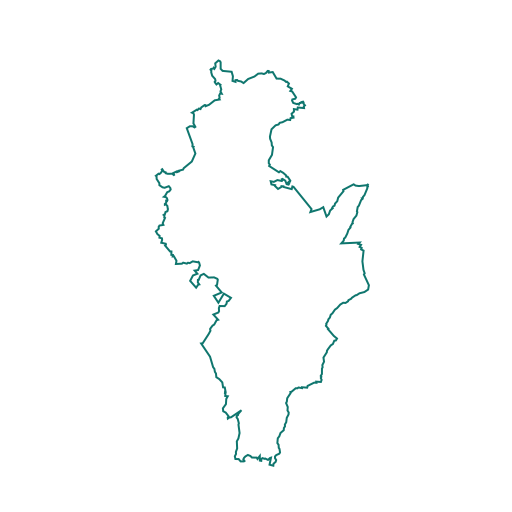 Atlixco, Puebla, Mexico, rotated 235°
{"feature_id": "50627088B38738357481800", "entity_name": "Atlixco", "entity_type": "district", "adm_level": 2, "iso_a3": "MEX", "parent_name": "Mexico", "parent_adm1": "Puebla", "projection": "albers", "projection_center": [-98.439, 18.901], "detail": "fine", "context": "isolated", "style": "outline", "palette": "teal", "viewbox_px": 512, "rotation_deg": 235, "n_neighbors": 0, "source": "geoboundaries", "source_scale": "gbopen_adm2", "svg_char_len": 6124}
<svg xmlns="http://www.w3.org/2000/svg" viewBox="0 0 512 512"><g transform="rotate(235 256 256)"><path d="M179.5,335.1L183.0,336.1L190.6,340.1L198.7,347.2L201.1,345.9L202.0,347.2L204.0,346.1L204.9,348.4L207.2,346.7L207.6,348.6L217.4,333.1L218.3,336.7L219.8,338.1L219.9,339.7L222.0,343.6L224.4,346.8L225.1,349.7L225.7,349.8L227.3,353.1L227.2,354.0L228.3,354.4L230.3,357.1L231.5,361.4L233.8,364.2L234.6,364.2L237.8,367.4L238.2,369.1L241.5,374.2L241.7,376.0L242.4,376.0L242.1,376.6L243.1,377.6L243.6,379.7L247.6,386.0L249.0,387.0L248.8,387.6L249.8,387.9L250.5,389.3L250.4,387.5L254.2,380.5L256.6,377.9L258.7,377.1L260.2,365.3L258.9,364.8L256.7,356.8L254.3,354.0L253.6,350.8L252.2,349.2L252.4,347.4L251.6,345.8L251.1,346.0L250.7,342.8L248.4,339.6L247.9,336.4L257.4,339.1L257.7,335.0L260.8,325.8L262.6,328.4L291.1,326.4L292.1,325.7L290.3,323.6L296.7,318.2L297.3,318.5L298.6,316.9L298.0,316.4L298.3,312.5L302.5,311.7L303.0,312.3L305.8,309.7L308.8,310.9L306.5,313.1L305.9,317.1L302.6,320.2L302.8,320.9L304.1,321.2L304.0,321.9L300.9,323.2L297.3,322.3L295.8,323.6L296.3,324.7L297.8,324.5L298.0,325.7L297.4,326.5L298.0,327.3L302.7,327.4L303.7,326.3L304.7,326.9L308.5,326.0L311.6,324.6L311.4,322.8L322.2,318.4L322.9,319.7L324.7,319.7L327.1,321.4L329.7,327.1L335.4,332.4L337.5,332.4L340.0,333.9L343.9,334.8L345.8,335.9L350.9,341.4L351.8,347.0L350.8,349.9L351.5,351.8L350.4,354.4L349.7,359.9L347.8,362.0L349.1,363.4L347.8,366.1L348.9,366.7L349.5,365.7L352.1,366.7L352.5,369.9L354.6,371.3L352.1,373.9L353.7,375.4L349.6,380.2L351.2,381.0L351.3,382.5L354.3,382.3L354.5,383.0L355.4,383.1L356.1,381.3L355.6,380.4L356.3,379.5L355.5,378.0L356.7,377.5L357.0,376.6L360.0,374.3L362.7,374.7L363.4,375.6L362.3,378.4L363.0,379.8L370.0,380.0L371.5,378.8L372.4,381.3L376.7,379.3L378.4,381.9L381.1,381.3L381.3,380.5L383.4,380.0L387.2,377.8L389.5,374.6L397.1,375.2L398.9,371.7L400.3,372.5L400.9,371.7L400.2,369.1L400.5,366.9L402.3,365.4L404.1,362.4L403.9,357.7L405.5,351.1L404.8,345.0L407.5,343.9L409.8,341.7L411.0,341.5L411.8,340.1L410.4,339.1L412.9,337.2L416.5,340.2L420.9,341.7L426.8,334.8L429.6,334.4L434.9,338.1L436.0,338.3L437.7,337.4L437.2,333.1L434.2,331.5L433.2,329.3L434.4,329.2L434.0,328.5L435.0,326.5L434.7,325.6L433.4,325.7L432.2,324.7L428.8,323.5L424.4,324.0L422.7,323.3L422.3,322.0L421.3,321.9L419.2,322.0L419.4,324.2L416.6,325.1L416.4,324.5L412.4,323.1L411.3,321.4L408.6,321.0L409.7,319.9L408.6,317.9L406.4,316.9L406.1,315.9L405.1,315.9L407.2,311.5L406.8,304.3L407.6,300.7L408.6,301.1L409.1,300.5L409.1,296.4L408.2,294.8L409.5,293.9L409.1,291.8L409.8,291.5L410.1,285.8L408.8,286.6L407.3,286.2L400.5,280.8L396.6,280.4L396.6,279.4L398.6,278.5L400.2,276.2L400.4,272.6L384.0,268.2L382.3,266.8L381.3,267.5L381.0,266.9L374.7,265.1L370.2,257.6L369.4,247.2L368.6,245.8L370.2,241.5L369.5,241.4L370.0,239.3L370.8,239.4L371.4,235.9L368.7,235.3L371.4,234.6L374.0,230.8L375.6,229.5L376.3,230.0L377.8,228.9L380.9,229.0L380.9,228.4L379.6,228.2L378.7,225.8L378.5,223.9L379.3,223.4L379.1,220.0L378.3,220.2L376.1,218.8L371.1,218.6L369.4,217.5L365.9,218.8L364.3,220.3L363.2,224.6L360.8,224.8L359.4,224.2L358.7,222.0L359.2,219.9L357.4,216.0L357.3,214.6L355.8,216.0L354.4,216.2L352.6,215.6L352.1,214.8L352.8,214.1L351.1,213.0L350.9,211.2L350.3,210.8L350.1,211.8L347.9,212.1L345.0,210.7L345.4,211.3L343.6,209.3L343.9,207.0L342.6,205.6L342.6,203.9L341.6,204.2L340.2,203.0L339.4,203.3L336.4,198.4L334.6,198.0L336.3,194.4L335.7,193.0L334.1,192.0L333.6,188.1L330.4,187.8L327.8,188.6L326.4,187.4L324.4,189.1L323.0,188.3L321.2,186.0L317.8,189.1L316.9,188.7L316.7,187.5L309.0,188.2L308.2,189.3L305.5,187.3L304.5,188.5L303.4,187.5L302.9,188.6L297.7,188.1L295.4,185.8L292.2,190.9L292.3,192.5L289.4,195.0L289.5,196.4L288.2,197.6L287.9,201.1L284.3,204.7L284.2,205.5L283.2,205.6L280.4,204.6L277.7,200.5L279.2,197.4L275.1,197.8L276.2,193.2L273.4,187.8L264.4,188.8L265.7,192.3L265.3,193.2L267.7,193.2L269.7,194.7L269.3,195.3L271.9,199.5L271.3,203.0L265.6,204.7L262.5,209.4L259.5,211.2L258.5,211.1L254.7,207.5L254.7,206.2L245.8,207.0L247.6,198.6L239.3,198.4L243.6,208.1L236.1,211.5L234.9,207.8L235.4,206.0L233.8,204.5L232.9,201.6L235.9,197.5L234.6,195.7L232.0,194.1L231.3,192.7L232.5,187.5L225.5,188.4L226.0,186.9L223.8,182.4L223.9,180.5L223.0,177.7L222.5,176.5L220.9,175.8L219.2,172.4L215.1,162.3L215.8,160.9L199.9,160.6L189.5,157.1L187.5,157.2L184.7,155.9L182.7,155.8L179.5,154.0L176.3,155.3L171.8,155.9L167.3,153.7L166.2,155.0L162.4,153.3L162.7,152.9L161.6,152.0L161.3,152.5L159.0,150.5L157.3,152.4L156.0,149.7L151.9,146.4L150.2,141.5L147.6,140.1L145.1,141.4L140.5,141.6L139.8,140.1L139.0,139.7L139.0,141.5L138.2,143.0L138.0,155.6L136.9,151.1L136.0,150.0L136.0,148.5L134.9,147.5L133.1,147.6L128.8,146.0L127.9,144.9L120.4,141.0L116.6,136.9L115.2,134.0L109.2,130.2L107.0,127.1L105.3,126.1L104.1,123.8L101.5,122.7L99.6,125.3L96.6,125.6L94.7,128.3L94.7,129.0L96.7,129.0L97.5,130.4L97.9,132.3L97.7,135.2L95.4,136.7L93.2,137.1L90.5,140.9L88.9,140.8L90.0,144.4L86.2,141.8L85.2,142.8L86.7,144.0L86.7,145.4L85.0,146.6L84.9,147.3L82.1,148.9L82.5,151.5L82.2,152.6L77.3,147.4L74.3,149.9L75.8,151.2L76.1,154.0L77.3,155.5L79.5,155.6L80.9,156.6L81.3,158.4L80.7,161.7L81.3,163.0L84.5,164.6L85.8,164.6L88.4,166.2L90.5,166.2L94.2,169.3L94.9,171.6L97.0,174.6L97.4,178.8L99.1,180.2L99.8,182.0L101.4,183.0L102.5,185.4L105.8,188.4L107.5,191.7L109.0,193.0L111.4,193.2L114.1,195.4L118.3,196.3L119.0,197.7L121.6,200.0L123.8,205.6L124.9,206.2L124.4,207.0L124.9,212.6L123.9,214.0L123.9,215.4L121.4,217.9L122.1,218.4L118.8,222.4L120.0,223.8L118.9,231.0L117.5,232.8L118.5,233.3L115.6,236.9L116.9,238.7L118.9,239.1L119.5,240.2L120.6,240.2L121.5,242.3L126.0,245.5L126.6,246.7L128.6,247.8L130.4,251.1L134.1,253.0L136.5,258.8L137.7,259.8L138.4,261.5L139.9,266.0L139.8,268.5L141.7,271.5L141.0,273.0L141.9,275.0L145.9,273.9L154.8,273.0L154.9,273.6L158.7,273.2L159.3,274.3L160.2,274.6L161.6,277.9L162.6,278.9L163.2,281.2L165.0,283.5L165.2,285.7L166.8,289.9L166.8,292.6L167.9,297.2L167.7,300.6L166.2,302.4L166.1,305.4L166.8,306.4L166.4,309.5L166.8,310.5L166.7,315.1L166.2,315.9L166.1,319.4L164.3,324.1L164.2,328.6L167.3,331.7L179.0,333.8L179.5,335.1Z" fill="none" stroke="#0f766e" stroke-width="2"/></g></svg>